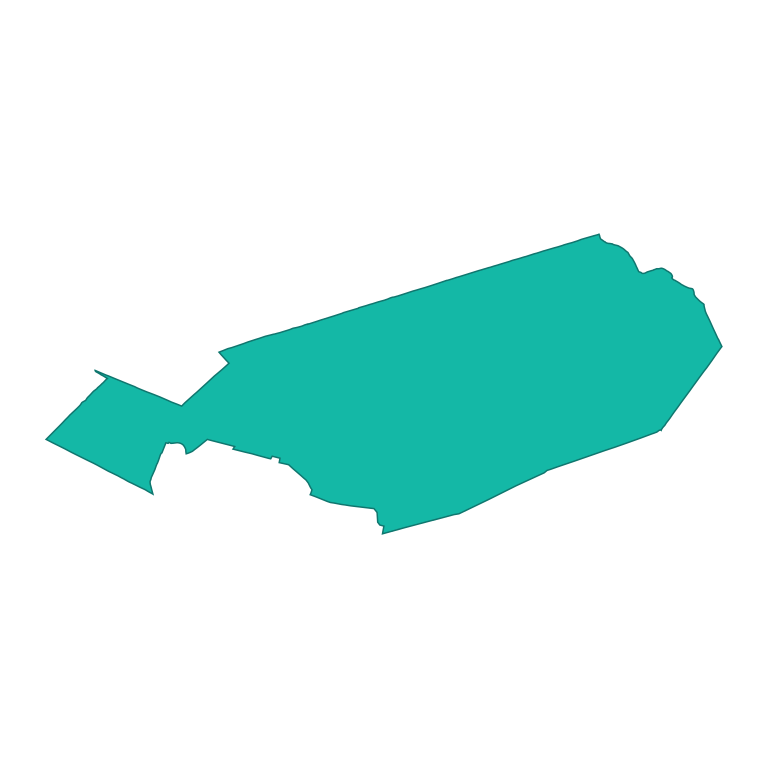 Didesti, Teleorman, Romania (Natural Earth projection)
{"feature_id": "2599482B46848008885107", "entity_name": "Didesti", "entity_type": "district", "adm_level": 2, "iso_a3": "ROU", "parent_name": "Romania", "parent_adm1": "Teleorman", "projection": "natural_earth1", "projection_center": [24.889, 44.225], "detail": "fine", "context": "isolated", "style": "filled", "palette": "teal", "viewbox_px": 768, "rotation_deg": 0, "n_neighbors": 0, "source": "geoboundaries", "source_scale": "gbopen_adm2", "svg_char_len": 6081}
<svg xmlns="http://www.w3.org/2000/svg" viewBox="0 0 768 768"><path d="M382.5,533.8L404.9,527.6L454.0,514.6L458.9,513.8L488.8,499.4L516.0,485.8L544.2,472.8L547.1,470.4L550.6,469.3L557.9,466.7L575.3,460.8L604.9,450.5L614.6,447.3L627.4,442.8L641.3,437.8L646.4,435.9L652.3,433.7L653.6,433.3L655.1,432.7L656.5,432.2L657.4,431.7L658.5,430.8L659.2,430.3L660.6,430.0L661.0,430.1L661.2,430.3L661.5,429.5L662.0,428.7L662.8,427.5L664.9,425.2L665.3,424.5L665.7,423.9L666.3,422.9L667.1,421.9L668.5,420.1L670.0,418.1L671.9,415.3L674.0,412.3L676.3,409.2L678.3,406.5L680.9,402.8L685.6,396.4L690.1,390.3L693.3,385.8L695.8,382.4L699.2,377.7L704.0,371.2L706.6,367.9L711.9,360.5L716.8,353.4L719.9,349.2L721.2,347.4L721.9,346.6L719.4,341.4L718.7,339.8L717.7,338.2L715.7,333.8L713.3,328.7L709.9,321.1L707.6,316.3L706.4,313.9L705.7,312.2L705.2,310.9L705.0,309.8L704.6,308.3L704.1,306.1L704.0,305.0L704.0,304.5L703.6,304.0L701.5,302.5L700.0,301.3L698.5,299.9L697.2,298.6L695.7,297.1L695.2,296.4L694.4,295.0L694.1,294.4L694.1,293.7L694.0,292.4L693.6,290.9L693.2,289.8L692.8,289.2L692.5,288.9L691.8,288.6L690.6,288.4L689.0,288.1L687.7,287.6L684.4,286.1L682.8,285.2L681.4,284.5L680.4,283.7L678.9,282.7L677.1,281.6L676.2,281.1L674.9,280.3L673.8,279.9L673.0,279.3L672.2,278.5L671.8,277.8L672.1,277.6L672.3,277.2L672.4,276.9L672.4,276.3L672.0,275.2L671.4,274.2L670.9,273.5L670.1,272.9L669.1,272.2L668.1,271.5L666.9,270.9L664.9,269.5L663.7,268.9L662.4,268.4L661.7,268.3L661.2,268.2L659.0,268.7L657.9,268.8L657.1,268.7L656.5,268.8L654.8,269.5L654.0,269.7L652.9,270.3L652.3,270.4L649.9,271.1L647.4,271.9L646.7,272.2L645.7,272.8L645.1,273.1L643.8,273.4L643.0,273.4L642.4,273.4L641.9,273.2L641.0,272.5L640.7,272.3L639.4,272.0L639.1,271.8L638.7,271.5L638.4,271.0L638.1,270.4L637.3,268.5L636.3,266.5L635.7,265.0L634.6,262.7L633.3,260.3L632.4,258.7L631.8,257.9L631.1,257.2L630.5,256.6L629.7,255.7L629.2,254.8L628.4,253.3L628.0,252.6L627.6,252.2L626.6,251.6L623.9,249.2L622.8,248.4L621.7,247.7L619.3,246.4L618.2,245.8L617.2,245.5L614.2,244.8L613.3,244.5L612.9,244.3L612.6,244.0L612.2,243.9L609.9,243.5L608.3,243.4L607.5,243.2L606.7,243.0L606.1,242.7L605.5,242.3L605.0,241.8L604.6,241.8L601.9,239.8L601.1,239.4L600.8,239.0L600.5,238.6L600.2,238.0L599.7,236.4L599.6,235.7L599.3,234.9L599.0,234.2L598.1,234.6L597.1,234.9L593.7,235.8L591.7,236.4L588.5,237.3L583.3,238.8L581.0,239.5L579.7,240.0L577.7,240.8L576.1,241.3L574.6,241.8L571.8,242.7L568.4,243.6L563.9,244.9L562.7,245.4L561.1,245.9L557.5,247.0L554.1,247.9L545.6,250.4L543.4,251.0L538.9,252.5L536.3,253.3L534.2,253.8L532.1,254.5L526.0,256.5L524.0,257.0L518.5,258.7L516.0,259.4L513.3,260.1L511.4,260.7L509.6,261.4L504.6,262.9L501.6,263.8L499.6,264.4L497.8,265.0L493.6,266.2L492.1,266.7L490.2,267.3L488.5,267.7L485.6,268.6L483.5,269.2L481.6,269.8L478.7,270.6L468.5,273.8L459.2,276.7L456.3,277.5L452.8,278.7L449.6,279.7L447.6,280.3L446.7,280.4L438.5,283.2L435.1,284.3L431.8,285.4L424.9,287.6L421.4,288.6L416.4,290.1L412.8,291.1L407.1,293.0L397.5,296.1L396.3,296.4L394.3,297.0L392.2,297.3L390.4,297.9L388.5,298.7L387.4,299.2L386.8,299.4L386.4,299.5L384.5,300.2L378.2,301.9L372.6,303.7L370.0,304.4L366.0,305.7L359.0,307.7L358.6,307.9L358.4,308.0L358.2,308.3L356.8,308.7L350.7,310.5L343.2,312.7L342.4,313.2L334.1,315.9L321.2,319.9L316.4,321.5L307.7,324.3L307.7,324.0L304.5,325.0L302.5,325.9L300.6,326.5L297.6,327.3L295.4,327.8L293.7,328.1L292.9,328.3L292.1,328.6L290.7,329.2L289.7,329.6L286.5,330.6L282.6,331.8L281.3,332.2L280.1,332.6L277.3,333.3L274.8,334.0L273.1,334.3L270.9,334.9L265.3,336.3L260.9,337.8L258.5,338.6L256.2,339.3L251.9,340.7L248.1,341.9L243.6,343.6L231.8,347.6L228.0,348.6L225.5,349.6L223.1,350.6L220.7,351.5L219.0,352.2L221.4,355.0L226.4,360.5L229.0,363.2L225.0,366.9L222.1,369.5L217.4,373.5L214.4,376.0L207.2,382.7L196.7,392.3L193.9,394.7L185.1,402.6L183.4,404.3L181.7,406.1L177.8,404.5L171.5,402.1L168.9,400.9L160.0,397.0L154.5,394.8L151.1,393.5L146.8,391.9L139.2,388.8L136.5,387.6L135.4,387.0L134.3,386.5L128.5,384.2L120.2,380.8L115.8,379.0L108.4,375.9L105.9,375.0L95.1,370.4L95.1,370.6L95.4,371.1L95.9,371.7L96.6,372.1L98.3,373.0L100.4,374.3L100.9,374.7L103.2,375.9L107.4,378.5L106.6,379.1L105.8,379.9L104.2,381.6L103.3,382.6L102.3,383.4L100.2,385.5L97.4,387.9L97.0,388.6L96.1,389.3L93.7,391.1L92.7,392.1L90.7,394.3L89.4,395.7L88.5,396.5L87.0,398.2L86.1,399.7L85.6,400.4L82.4,402.2L81.8,402.7L80.3,405.0L79.3,406.1L76.9,408.5L70.0,414.9L67.8,417.3L65.1,420.0L62.6,422.7L59.0,426.4L55.9,429.5L53.6,431.8L46.1,439.4L48.1,440.4L52.5,442.7L59.2,446.0L64.8,448.8L71.4,452.3L76.4,454.8L87.7,460.4L93.3,463.1L96.8,464.9L108.5,471.3L111.3,472.6L115.6,474.7L117.9,475.8L121.3,477.7L123.7,478.9L125.6,480.0L127.5,481.1L129.0,481.9L130.5,482.6L132.1,483.3L133.2,483.9L134.7,484.6L140.1,487.3L145.2,489.7L147.5,491.1L149.4,492.2L151.5,493.3L152.9,494.1L151.7,489.6L151.0,486.8L150.6,485.4L150.3,484.3L150.1,482.6L150.0,481.9L150.1,481.5L150.4,480.6L150.9,479.4L151.1,478.3L151.5,477.0L152.0,476.0L152.8,474.2L154.9,469.5L156.0,466.3L156.9,464.0L157.4,463.2L158.7,459.8L159.4,457.7L160.3,455.0L160.9,453.8L161.2,453.4L161.5,453.1L161.9,452.9L165.9,442.8L166.2,442.8L166.5,442.9L167.2,443.1L167.9,443.3L168.2,443.3L168.4,443.1L168.6,442.9L168.9,442.4L169.5,442.5L170.2,443.0L170.8,443.3L171.9,443.3L173.9,443.1L175.5,442.9L177.1,442.7L178.2,442.8L179.5,443.0L181.2,443.6L182.5,444.4L183.5,445.3L184.8,447.3L185.5,448.9L185.7,449.4L185.8,450.2L185.9,452.0L186.2,453.8L187.8,453.3L189.9,452.5L191.2,451.9L192.4,451.3L193.2,450.7L194.7,449.5L197.5,447.4L201.0,444.6L206.6,440.0L207.3,439.4L209.9,440.1L229.0,445.0L234.7,446.5L233.0,449.1L244.9,452.1L251.8,453.7L258.1,455.5L268.8,458.4L270.7,458.8L272.2,456.2L280.0,458.2L279.2,462.6L284.6,463.8L288.6,464.7L293.0,468.7L301.0,475.6L303.0,477.4L304.1,478.4L305.7,479.7L306.1,480.1L307.7,482.2L308.3,483.0L310.3,487.1L311.1,488.5L311.9,489.5L311.8,490.3L310.9,493.1L310.2,494.7L316.1,496.9L318.1,497.7L327.2,501.4L330.4,502.5L332.4,502.8L334.4,503.1L341.7,504.5L344.9,504.9L350.4,505.8L374.0,508.6L377.1,512.5L377.7,522.2L379.8,525.0L383.9,526.1L382.5,533.8Z" fill="#14b8a6" stroke="#0f766e" stroke-width="1.5"/></svg>